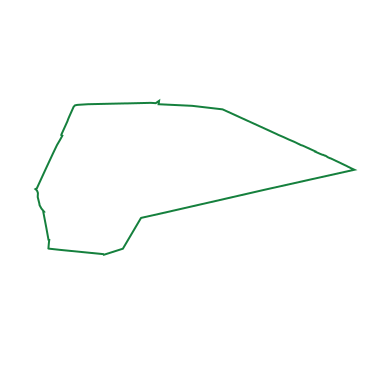 Seda, Strencu, Latvia, rotated 193°
{"feature_id": "27541924B58603814408660", "entity_name": "Seda", "entity_type": "district", "adm_level": 2, "iso_a3": "LVA", "parent_name": "Latvia", "parent_adm1": "Strencu", "projection": "robinson", "projection_center": [25.749, 57.654], "detail": "fine", "context": "isolated", "style": "outline", "palette": "green", "viewbox_px": 384, "rotation_deg": 193, "n_neighbors": 0, "source": "geoboundaries", "source_scale": "gbopen_adm2", "svg_char_len": 1199}
<svg xmlns="http://www.w3.org/2000/svg" viewBox="0 0 384 384"><g transform="rotate(193 192 192)"><path d="M244.6,273.4L247.3,270.4L252.2,269.6L274.5,263.9L277.4,263.2L291.6,259.6L313.2,254.1L323.3,251.1L325.5,250.1L326.5,248.4L328.6,237.7L329.1,234.8L329.3,232.9L331.7,221.0L332.0,219.6L332.2,218.5L332.2,218.1L331.0,217.7L332.4,212.8L334.1,207.4L336.2,198.0L337.0,194.2L339.7,181.5L344.0,160.7L345.2,159.6L344.2,159.1L343.2,158.3L342.5,157.3L341.9,156.3L341.2,152.4L338.2,146.5L337.5,144.8L335.0,142.0L331.7,139.5L332.4,139.1L326.4,125.5L326.0,124.6L321.1,113.2L320.3,113.2L320.1,111.0L319.2,104.7L318.8,104.6L317.1,104.8L307.8,105.9L303.9,106.4L264.5,111.5L263.8,111.0L246.6,121.2L235.9,155.1L235.6,155.4L208.5,168.4L206.1,169.6L204.6,170.3L203.8,170.7L136.4,203.4L121.8,210.5L79.0,231.0L38.8,250.2L40.7,250.6L42.6,251.0L44.1,251.4L45.6,251.7L47.4,252.2L49.3,252.6L64.6,256.0L64.9,255.9L67.4,256.4L69.5,257.2L70.2,257.4L71.1,257.3L72.2,257.7L73.2,257.6L73.9,257.7L75.3,257.9L81.0,259.0L80.9,259.3L85.3,260.2L94.6,262.1L96.4,262.2L103.7,263.9L109.5,264.9L115.2,266.1L120.9,267.1L122.5,267.5L180.8,279.4L211.2,276.0L244.3,270.0L244.6,273.4Z" fill="none" stroke="#15803d" stroke-width="2"/></g></svg>